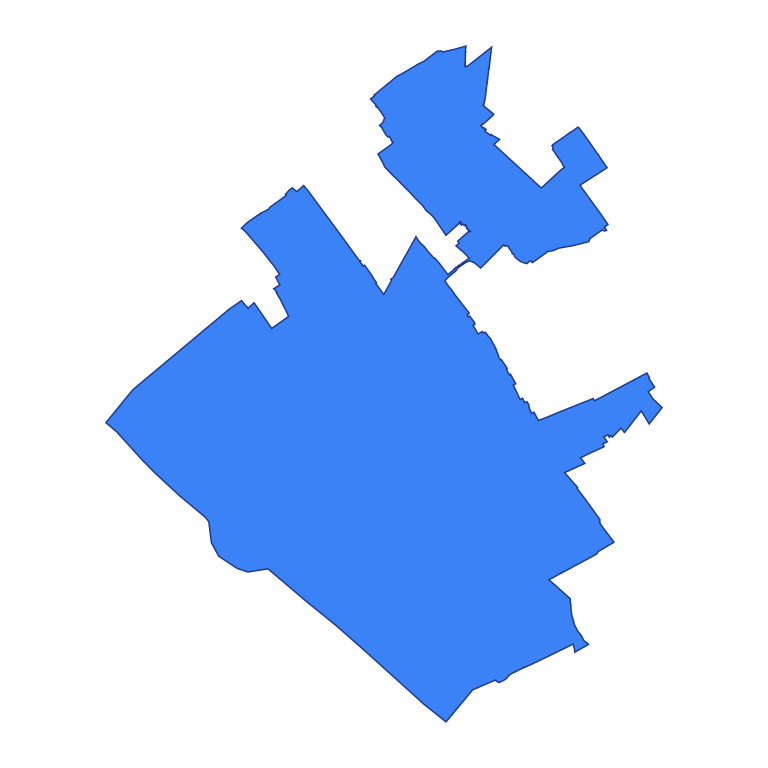 's-Gravenhage, Zuid-Holland, Netherlands (Albers equal-area conic projection), rotated 270°
{"feature_id": "6326949B51640145634696", "entity_name": "'s-Gravenhage", "entity_type": "district", "adm_level": 2, "iso_a3": "NLD", "parent_name": "Netherlands", "parent_adm1": "Zuid-Holland", "projection": "albers", "projection_center": [4.334, 52.075], "detail": "fine", "context": "isolated", "style": "filled", "palette": "blue", "viewbox_px": 768, "rotation_deg": 270, "n_neighbors": 0, "source": "geoboundaries", "source_scale": "gbopen_adm2", "svg_char_len": 6062}
<svg xmlns="http://www.w3.org/2000/svg" viewBox="0 0 768 768"><g transform="rotate(270 384 384)"><path d="M600.3,607.1L608.8,601.2L612.2,599.0L613.5,598.4L614.0,598.0L615.2,596.5L615.7,596.4L627.4,588.4L638.4,580.4L640.6,578.5L640.8,578.2L640.7,577.8L640.5,577.3L638.0,574.1L635.3,569.7L631.5,564.6L623.6,553.1L623.4,552.9L623.1,553.2L622.2,552.0L620.6,553.1L618.5,552.6L604.4,562.4L602.8,562.9L600.7,564.5L599.7,563.2L599.3,562.4L597.3,560.0L580.1,541.5L580.2,541.3L580.1,541.1L623.5,494.0L628.6,499.6L629.5,498.0L632.8,492.0L633.6,491.3L632.7,490.4L634.3,488.4L636.8,484.8L638.4,486.2L639.3,485.1L639.2,485.0L639.4,484.7L640.2,484.0L639.6,483.3L640.4,482.9L641.1,482.2L642.1,480.6L643.1,481.4L643.2,481.9L643.4,482.3L644.1,482.5L644.2,482.9L644.1,483.4L644.2,483.6L653.2,493.5L653.8,493.8L662.6,483.0L663.3,483.9L668.7,485.0L671.9,485.5L683.9,486.9L684.5,486.9L684.4,487.1L690.3,487.8L690.7,487.6L690.8,487.8L700.1,488.9L699.8,489.1L720.8,491.6L701.3,466.9L701.7,466.6L701.7,464.9L703.8,465.0L703.4,465.3L715.3,465.4L716.2,465.9L716.8,465.4L721.9,466.0L718.5,453.7L716.3,444.0L716.0,443.3L715.7,442.9L716.4,442.5L716.8,441.8L717.0,441.2L716.9,437.7L716.8,437.1L706.7,423.9L705.0,420.2L703.5,417.4L698.1,408.5L692.6,398.8L691.9,397.2L672.9,374.1L672.3,374.6L671.1,373.3L669.0,370.5L666.0,373.3L662.3,376.4L661.8,375.8L660.5,377.1L660.8,377.5L656.3,380.8L651.5,383.9L649.6,384.8L649.0,384.1L645.6,383.0L642.5,379.5L640.7,381.6L633.7,385.6L631.1,387.7L631.0,388.1L631.6,389.0L628.7,391.2L628.1,391.0L626.4,392.3L626.2,392.2L625.6,393.1L624.1,391.8L621.5,388.6L615.8,380.4L614.0,378.0L605.0,383.0L603.0,383.8L600.9,384.9L592.0,393.4L589.3,396.4L578.8,406.6L575.8,409.7L568.8,416.2L562.1,422.9L558.1,425.6L556.7,427.0L554.4,429.9L551.3,433.1L547.6,435.9L532.7,445.9L544.8,459.4L545.2,458.9L546.4,460.3L545.4,461.2L544.4,460.1L542.9,461.5L544.0,462.8L542.5,464.1L543.6,465.4L542.6,466.2L541.9,465.5L540.1,467.3L539.5,466.7L537.7,468.6L537.3,469.9L536.5,470.5L536.2,470.2L537.2,469.2L534.8,466.7L526.8,457.7L525.1,459.3L522.1,456.0L515.3,464.0L511.6,467.5L509.9,469.4L501.7,457.7L500.4,455.5L499.2,454.3L498.9,454.5L498.6,454.2L493.4,447.9L505.7,438.5L509.9,434.8L510.0,434.5L509.9,433.9L511.2,432.7L511.3,432.5L511.5,432.5L517.2,427.4L519.7,425.6L520.9,424.6L521.0,424.4L522.3,423.4L524.1,421.2L528.4,417.7L531.3,416.0L515.9,407.5L489.8,392.8L489.3,391.5L488.8,390.8L487.3,391.4L473.5,383.8L484.5,375.8L484.7,376.1L485.4,376.5L489.8,373.3L491.8,372.4L502.8,364.6L501.7,363.0L502.7,362.1L503.0,362.4L506.5,359.8L507.2,360.7L507.4,360.6L507.4,359.3L532.2,341.3L577.3,308.0L582.5,303.7L576.8,297.3L576.6,296.6L578.6,294.0L580.2,292.2L579.2,290.9L577.8,289.2L573.7,285.5L572.7,286.2L567.9,279.9L561.3,270.6L559.0,268.6L558.4,267.9L556.8,264.8L555.5,262.1L554.5,260.2L553.9,259.5L553.5,259.8L553.1,259.3L553.2,258.7L553.0,258.1L546.8,249.2L544.6,246.3L539.7,241.4L538.1,243.6L534.9,246.8L515.7,263.2L505.5,271.1L502.8,273.5L498.2,276.5L493.7,279.7L491.0,275.7L489.0,276.9L487.0,277.7L483.1,279.9L479.3,273.7L478.0,275.1L475.9,276.6L475.8,276.9L475.3,277.2L474.9,276.5L468.1,280.6L459.0,285.1L451.6,288.6L439.6,271.7L464.5,254.6L465.2,254.0L459.6,248.0L461.3,246.9L462.5,245.6L467.4,241.5L458.4,228.6L380.6,135.6L377.4,132.1L345.3,105.9L336.3,116.6L308.0,142.2L294.9,155.1L273.0,178.7L251.0,205.0L246.3,208.8L225.3,211.4L211.8,218.7L199.5,237.3L196.0,247.9L199.2,268.0L167.1,305.7L142.1,336.5L121.2,360.3L103.6,379.9L63.8,423.9L46.1,446.0L78.3,472.8L87.9,495.3L86.7,496.4L85.4,499.1L86.5,501.1L87.5,503.5L89.4,506.3L92.7,509.2L93.7,510.4L94.9,512.5L97.3,517.6L100.6,524.0L100.4,524.1L104.1,532.4L119.5,564.2L123.9,573.1L119.9,574.3L115.8,574.8L123.5,588.5L124.7,587.4L127.8,583.5L130.9,582.2L132.7,581.1L137.4,577.4L143.3,574.5L145.1,573.9L148.2,573.3L150.5,572.4L154.7,571.5L158.6,571.0L163.5,570.9L164.7,570.5L166.6,570.2L169.2,570.3L185.6,552.0L188.3,548.8L188.8,549.6L188.9,550.1L189.4,551.3L193.0,557.6L200.4,571.7L202.2,574.5L202.6,575.6L206.5,582.9L212.9,594.8L214.5,597.1L215.1,597.6L216.0,597.7L216.7,598.5L217.4,599.9L217.9,600.6L225.8,614.0L242.2,601.6L245.3,599.5L245.6,600.0L246.7,599.8L248.5,599.9L267.8,586.0L279.7,577.0L280.3,577.2L280.5,577.5L281.4,576.9L289.0,570.1L295.4,564.6L304.6,584.8L309.1,581.5L310.3,580.4L310.8,581.7L315.5,591.4L321.2,603.9L321.4,604.1L324.3,603.0L326.2,607.3L331.3,603.9L332.9,607.6L333.1,608.3L330.7,609.3L332.4,610.9L330.9,612.3L339.8,620.9L335.5,624.5L357.1,641.3L344.0,649.2L360.4,662.1L369.3,652.8L376.3,648.2L380.8,654.6L389.8,648.8L390.3,649.5L395.0,646.9L367.4,594.8L367.2,594.4L367.3,594.2L369.4,593.4L369.3,592.8L356.7,561.1L349.8,544.4L347.5,538.4L355.8,534.0L354.7,531.6L359.6,529.4L363.9,528.6L365.3,527.3L366.4,526.9L365.5,524.6L369.7,522.6L368.7,520.0L377.3,516.0L378.5,515.4L378.7,515.0L379.4,515.0L383.0,513.3L384.2,515.7L385.2,515.2L393.7,510.5L393.1,509.5L398.7,506.3L399.4,507.3L408.2,501.5L407.9,500.8L410.4,498.9L413.5,498.1L418.1,496.1L418.3,496.4L420.9,495.0L423.0,494.2L423.1,493.9L423.4,493.7L429.9,490.2L431.4,488.4L432.6,487.7L435.7,485.3L435.0,484.1L435.6,483.3L436.4,482.3L434.1,478.1L442.4,473.1L442.7,473.2L443.6,474.8L444.1,474.9L445.3,474.2L445.5,474.5L452.0,469.6L451.4,468.6L451.4,468.2L451.7,467.6L452.3,467.2L453.3,467.4L454.5,469.1L455.0,469.1L473.0,455.1L478.0,451.7L481.7,448.6L487.3,444.8L491.1,448.6L497.6,456.4L499.0,457.1L500.5,458.4L505.2,465.3L506.5,467.8L506.9,469.3L506.9,470.5L506.5,471.6L505.6,473.1L505.9,473.5L500.0,480.7L523.1,503.7L521.8,505.1L522.1,506.0L522.2,508.0L520.5,508.5L518.1,510.5L516.4,511.6L514.2,512.3L514.0,512.8L514.0,513.8L513.2,513.9L511.6,514.6L509.8,516.2L508.7,517.5L506.7,520.2L505.9,521.9L504.9,524.8L504.4,527.2L506.6,529.2L506.9,530.8L505.4,532.4L515.5,546.6L515.9,546.4L516.8,548.2L516.7,548.9L517.0,551.6L517.6,553.6L519.9,559.0L521.3,567.0L522.0,571.7L522.8,574.8L526.4,588.9L529.4,590.0L537.8,601.8L538.0,602.4L538.0,602.9L537.0,604.5L537.2,604.8L537.3,606.0L537.8,606.6L540.9,604.4L543.5,608.0L554.2,600.6L582.6,580.0L583.2,580.9L583.3,580.8L591.1,592.8L593.9,597.3L600.3,607.1Z" fill="#3b82f6" stroke="#1e3a8a" stroke-width="1.5"/></g></svg>